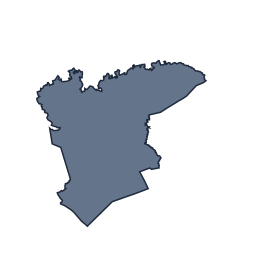 Aowin, Western, Ghana (Albers equal-area conic projection), rotated 248°
{"feature_id": "2480657B72501418673064", "entity_name": "Aowin", "entity_type": "district", "adm_level": 2, "iso_a3": "GHA", "parent_name": "Ghana", "parent_adm1": "Western", "projection": "albers", "projection_center": [-2.683, 5.694], "detail": "fine", "context": "isolated", "style": "filled", "palette": "slate", "viewbox_px": 256, "rotation_deg": 248, "n_neighbors": 0, "source": "geoboundaries", "source_scale": "gbopen_adm2", "svg_char_len": 5952}
<svg xmlns="http://www.w3.org/2000/svg" viewBox="0 0 256 256"><g transform="rotate(248 128 128)"><path d="M94.5,38.2L92.8,38.1L88.2,38.9L85.5,40.0L84.9,39.8L84.1,38.9L84.2,37.8L83.9,37.5L83.0,37.1L82.0,37.8L81.3,38.8L79.6,40.3L74.0,44.2L70.3,46.2L58.7,50.1L55.4,52.0L52.2,53.5L65.6,85.9L64.4,112.6L64.2,124.0L72.7,123.5L83.0,122.4L82.8,133.2L80.9,134.3L79.4,141.8L80.2,141.9L81.2,142.8L82.0,142.9L82.6,142.7L83.5,143.2L83.7,142.8L84.3,142.9L85.5,143.8L85.8,144.9L86.4,145.1L87.0,146.1L87.5,146.4L87.7,147.2L88.7,147.3L90.3,146.8L91.2,145.1L93.2,144.8L94.4,144.9L94.6,144.5L95.2,144.8L95.8,144.2L96.6,144.8L98.0,144.2L98.3,143.7L99.8,143.1L100.1,143.4L100.7,143.0L100.7,142.3L101.2,142.0L102.1,142.1L102.7,141.5L102.7,141.1L103.5,141.2L103.9,140.6L104.6,140.7L105.6,139.0L106.3,138.9L106.8,138.6L107.0,137.7L107.3,137.6L107.8,138.0L107.8,138.5L107.5,138.8L107.8,139.6L109.1,140.0L109.8,139.8L110.5,141.3L111.0,141.1L112.1,142.2L112.9,142.1L113.2,142.9L114.0,143.5L114.0,143.3L114.5,143.6L114.9,143.4L115.0,144.1L116.2,144.6L116.6,145.5L117.2,145.3L117.8,145.6L118.3,145.5L118.7,144.9L119.2,145.2L120.0,145.3L119.5,145.9L120.2,146.0L120.4,146.4L120.9,146.8L120.4,147.6L121.0,147.3L121.2,147.9L121.7,146.7L122.0,146.9L122.7,146.5L123.6,146.6L124.0,146.3L124.1,145.1L125.1,145.5L124.8,146.3L125.8,145.9L125.5,147.0L126.2,147.4L126.1,148.7L127.2,148.6L127.5,148.8L127.7,148.3L128.2,148.1L128.6,148.4L128.4,149.0L128.5,149.2L127.8,150.2L127.7,150.8L128.1,150.7L128.4,151.4L128.7,151.5L129.2,151.2L129.6,151.2L130.0,151.8L130.7,151.8L131.1,151.5L131.5,151.7L131.5,152.2L132.2,152.5L130.4,164.1L131.9,171.8L134.3,186.2L134.7,189.5L135.7,194.2L141.7,207.2L141.8,215.0L142.7,218.0L144.2,217.1L145.2,217.5L146.9,217.5L148.1,218.9L148.6,218.8L149.2,218.3L149.8,217.2L151.4,217.4L152.9,216.0L153.4,215.9L153.6,215.0L154.4,214.5L155.1,213.3L155.4,212.3L157.1,211.3L158.3,211.3L159.8,209.6L160.3,209.9L162.3,207.3L163.2,207.3L164.6,204.7L165.7,203.4L166.7,203.5L167.5,202.0L168.4,201.8L168.7,201.0L169.1,200.8L169.3,199.2L169.1,197.4L170.9,196.1L171.1,195.6L171.2,194.3L170.7,192.7L171.0,191.4L172.5,191.3L173.4,190.0L173.0,188.5L172.6,187.9L172.6,187.1L173.7,187.4L175.1,187.6L176.1,187.3L176.0,186.1L175.1,186.6L173.8,186.0L173.7,185.8L173.4,183.7L174.2,182.5L174.3,181.8L175.8,182.0L177.6,181.9L178.6,182.1L178.9,181.8L178.8,180.1L177.6,178.5L178.5,176.7L179.1,174.6L178.3,173.6L175.8,173.4L175.0,174.4L174.4,175.0L174.0,175.0L173.8,174.8L173.8,173.4L172.7,172.2L172.6,171.3L173.5,171.3L174.7,171.6L174.7,170.2L174.1,169.7L174.1,169.1L175.5,167.7L175.5,166.7L175.9,166.2L177.5,166.1L178.7,165.6L179.0,167.0L180.8,167.3L180.8,166.9L181.6,164.8L181.6,164.0L179.8,162.5L179.6,162.0L180.6,162.1L181.1,162.7L181.6,162.9L182.0,162.3L182.0,160.5L182.5,158.9L182.1,158.2L182.2,157.2L182.7,156.8L183.6,157.5L184.3,157.1L183.9,155.8L183.6,155.5L183.2,155.4L181.6,155.7L181.0,154.7L181.8,154.4L182.5,153.1L181.7,151.2L181.7,150.1L181.0,148.8L180.0,147.9L179.4,147.9L178.3,146.3L178.9,145.2L180.2,145.8L180.6,145.2L180.2,144.4L180.0,141.2L180.1,140.4L180.5,139.9L182.3,140.3L183.0,140.6L183.7,141.4L184.5,141.6L185.2,141.2L185.7,140.3L184.9,139.2L184.7,137.5L184.9,137.1L184.2,136.6L183.5,136.4L179.8,137.4L178.7,136.8L178.7,136.2L178.7,135.6L179.0,135.5L180.2,135.9L180.4,135.7L180.6,135.1L180.0,134.3L180.0,133.7L180.9,132.7L181.7,132.6L182.7,133.0L183.1,132.5L182.5,131.2L181.2,131.6L180.5,132.3L180.2,132.1L180.5,131.2L180.3,130.1L180.9,129.0L181.2,128.8L181.5,128.9L182.0,129.9L183.2,130.0L184.3,130.4L185.8,130.1L186.3,129.2L185.3,128.1L184.0,125.9L184.4,125.5L185.1,125.2L184.8,124.6L183.8,124.2L182.7,124.1L181.7,123.6L181.5,121.7L182.4,120.3L180.8,118.0L179.1,117.1L178.5,115.9L177.0,116.3L176.4,115.6L175.6,115.4L175.3,115.9L175.6,117.1L175.3,117.7L174.2,118.0L172.0,117.7L171.8,117.0L173.8,115.1L174.6,114.0L174.7,113.0L175.5,113.3L175.6,113.1L175.1,112.7L175.6,112.2L178.2,111.0L179.4,110.9L181.1,108.6L181.1,108.2L179.4,105.2L179.2,104.5L179.6,103.6L180.9,102.8L179.7,102.3L179.0,102.4L178.5,101.9L178.4,100.9L178.8,100.2L178.3,98.6L179.3,98.4L180.2,98.8L181.0,98.8L181.2,98.4L181.8,97.9L182.4,98.5L182.4,99.2L183.0,100.1L184.8,102.2L186.0,102.3L187.1,102.1L188.0,102.3L189.1,102.0L189.4,101.5L190.1,101.3L190.6,102.0L192.9,101.9L193.4,102.3L192.7,103.0L192.2,103.2L191.8,104.3L193.5,104.9L195.8,106.3L197.1,106.5L197.5,106.5L197.8,105.2L200.0,104.5L200.1,103.8L199.7,103.1L198.6,102.7L198.5,102.1L199.9,102.2L200.5,101.6L199.9,100.9L199.4,100.8L198.9,100.4L198.5,98.5L199.0,98.1L199.9,98.2L200.8,100.5L201.6,100.7L203.8,100.1L203.5,98.8L202.6,97.5L203.2,95.7L203.0,94.0L201.9,94.5L200.4,94.8L199.9,94.7L199.5,93.9L197.8,93.7L196.9,94.6L194.8,94.2L194.6,93.3L196.1,92.8L196.3,91.7L195.7,91.6L194.3,91.9L194.1,91.5L194.1,89.7L194.6,87.4L195.4,84.9L196.0,83.8L196.5,83.7L198.3,84.4L198.6,84.1L197.9,83.1L198.1,82.4L199.4,81.8L200.4,83.3L202.7,82.6L202.1,81.6L200.8,79.9L199.7,78.0L199.9,75.8L197.1,75.4L196.7,75.0L197.2,74.3L196.8,73.5L197.0,72.4L196.8,71.1L198.4,71.4L199.9,71.1L200.1,70.4L197.9,68.8L198.8,68.0L198.4,66.9L198.5,65.9L198.3,65.2L197.1,64.4L196.6,62.9L197.4,61.9L195.1,60.8L195.5,57.5L193.6,57.0L191.5,57.0L190.4,57.9L189.5,54.5L188.4,54.2L186.7,54.1L183.9,54.6L183.6,54.8L183.3,55.9L182.0,56.8L181.9,56.3L180.7,55.8L180.2,55.8L179.9,56.3L179.5,56.3L178.9,55.9L178.0,55.8L177.4,55.5L176.0,57.3L175.6,57.4L175.0,57.4L174.3,56.7L173.6,56.7L171.8,58.8L169.7,58.7L168.2,56.8L167.5,56.6L165.4,57.0L162.9,58.9L161.7,59.4L160.7,59.4L159.3,58.0L158.4,58.7L157.7,59.9L157.1,60.3L155.9,62.0L154.9,62.4L154.7,62.7L154.1,64.2L154.1,65.0L153.9,65.2L153.2,64.9L152.5,64.0L152.2,62.3L153.2,58.6L153.7,57.9L154.9,57.4L155.4,56.1L157.1,55.3L141.7,51.8L135.2,58.4L102.6,55.5L102.0,55.0L101.5,55.1L101.4,54.5L101.0,54.0L101.1,53.6L100.6,53.3L100.1,53.3L100.0,51.7L99.6,51.7L99.4,51.4L99.6,50.5L99.4,50.2L99.9,49.2L97.8,47.8L96.4,47.3L95.1,47.8L95.2,46.6L94.6,46.1L94.0,43.4L94.9,42.8L94.2,40.7L94.5,38.2Z" fill="#64748b" stroke="#1e293b" stroke-width="1.5"/></g></svg>